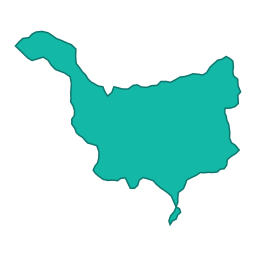 outline of São João da Mata, Minas Gerais, Brazil
{"feature_id": "56859067B6905454256103", "entity_name": "São João da Mata", "entity_type": "district", "adm_level": 2, "iso_a3": "BRA", "parent_name": "Brazil", "parent_adm1": "Minas Gerais", "projection": "orthographic", "projection_center": [-45.93, -21.948], "detail": "fine", "context": "isolated", "style": "filled", "palette": "teal", "viewbox_px": 256, "rotation_deg": 0, "n_neighbors": 0, "source": "geoboundaries", "source_scale": "gbopen_adm2", "svg_char_len": 1986}
<svg xmlns="http://www.w3.org/2000/svg" viewBox="0 0 256 256"><path d="M176.1,207.0L177.8,202.4L177.8,197.8L178.3,192.5L183.4,188.7L185.3,184.4L186.8,179.9L191.5,177.5L196.4,175.2L200.4,172.5L204.0,172.8L208.1,172.3L212.7,172.5L217.2,172.0L220.3,169.2L224.1,168.8L226.6,165.3L227.4,159.5L231.4,156.2L235.5,153.7L239.2,150.1L235.4,145.3L231.4,142.7L229.5,137.9L229.8,132.7L229.3,128.6L228.6,124.0L226.8,120.2L226.3,116.5L224.7,112.7L225.1,108.2L230.4,108.1L235.0,106.6L238.3,103.5L238.1,99.1L237.7,95.3L240.6,92.0L238.0,85.7L237.7,79.2L233.6,75.9L232.8,71.9L233.4,66.5L232.8,61.0L229.9,58.6L226.1,56.5L222.0,59.2L217.7,60.2L214.0,63.5L210.0,67.2L206.6,72.7L202.7,75.0L198.1,74.2L192.8,73.8L188.8,75.4L184.4,76.6L180.2,77.0L175.2,79.9L170.5,82.4L166.4,81.5L160.9,81.5L157.3,85.3L151.6,85.7L146.9,87.4L141.2,87.0L137.4,84.9L133.3,85.3L128.2,89.0L122.3,89.0L117.4,87.6L113.9,86.8L111.9,92.4L107.5,96.0L104.7,91.5L102.9,86.8L98.1,86.0L94.5,83.9L91.1,82.0L88.0,79.0L85.6,74.9L82.5,71.9L79.6,67.8L76.2,63.5L75.6,56.3L75.9,49.1L71.4,44.7L66.8,42.9L61.8,40.6L56.3,38.5L51.9,35.3L47.9,32.8L42.3,31.4L36.2,32.0L32.2,34.0L28.8,37.7L22.8,38.4L18.9,42.1L15.4,46.0L19.8,50.2L23.3,53.6L28.0,58.1L32.1,60.5L37.1,59.0L43.3,57.1L48.1,60.2L51.3,65.2L55.4,69.4L59.7,71.1L64.7,73.0L70.1,76.7L71.4,83.3L71.0,89.3L70.7,93.4L71.0,97.7L70.7,102.0L73.0,105.7L74.6,110.7L74.3,115.7L71.8,119.1L71.8,124.1L74.8,128.4L76.4,132.7L79.1,135.2L82.7,137.4L85.0,140.3L87.7,143.0L92.5,144.3L96.8,145.7L99.0,151.9L98.8,158.1L97.6,162.8L95.0,166.1L93.2,170.3L95.6,173.6L99.0,176.4L103.0,179.3L107.7,180.4L113.4,180.1L117.5,180.7L120.9,178.3L125.3,177.9L128.0,183.4L130.3,188.3L134.6,188.2L137.7,185.3L139.1,180.4L142.9,177.6L147.5,178.7L153.3,180.7L156.2,184.1L160.5,187.8L164.3,190.4L167.6,192.7L171.4,196.2L173.7,201.5L176.1,207.0ZM170.1,224.6L172.5,220.9L176.1,219.1L177.7,215.0L180.6,212.3L179.4,208.6L176.1,207.0L174.3,211.5L170.6,215.8L168.9,220.9L170.1,224.6Z" fill="#14b8a6" stroke="#0f766e" stroke-width="1.5"/></svg>